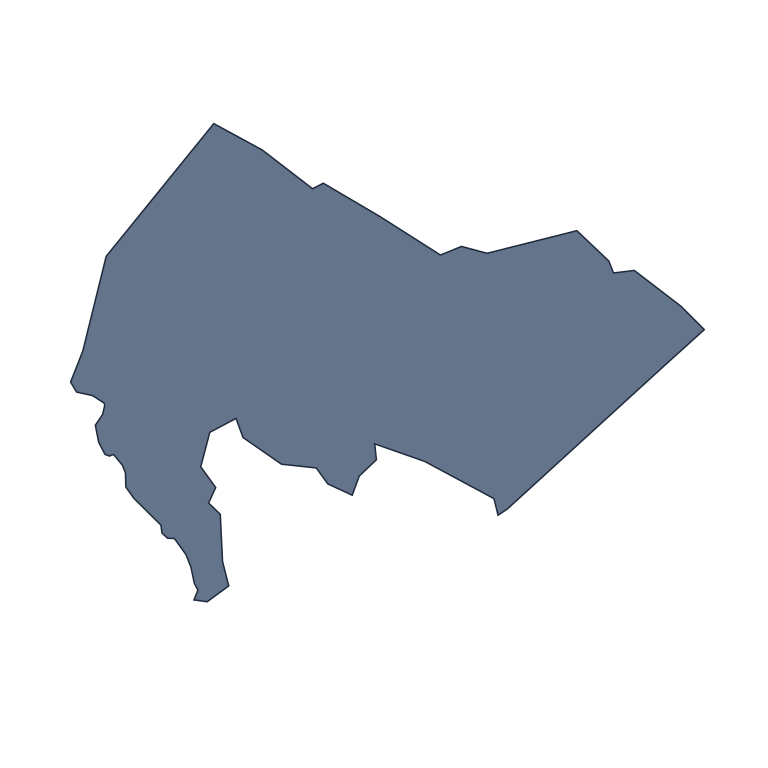 Grant, West Virginia, United States of America (Mercator projection), rotated 277°
{"feature_id": "52423323B78270191990376", "entity_name": "Grant", "entity_type": "district", "adm_level": 2, "iso_a3": "USA", "parent_name": "United States of America", "parent_adm1": "West Virginia", "projection": "mercator", "projection_center": [-79.285, 39.071], "detail": "fine", "context": "isolated", "style": "filled", "palette": "slate", "viewbox_px": 768, "rotation_deg": 277, "n_neighbors": 0, "source": "geoboundaries", "source_scale": "gbopen_adm2", "svg_char_len": 934}
<svg xmlns="http://www.w3.org/2000/svg" viewBox="0 0 768 768"><g transform="rotate(277 384 384)"><path d="M477.0,695.3L497.4,669.2L527.2,618.6L522.2,598.3L533.5,592.1L559.7,556.7L526.3,470.3L530.0,444.1L518.9,424.3L549.6,359.8L575.9,299.3L569.1,289.3L601.4,234.7L621.7,183.3L476.9,92.7L379.9,81.0L347.7,72.7L338.5,79.9L337.0,96.1L330.9,108.6L328.5,109.4L319.5,108.4L307.9,102.5L291.4,107.9L280.1,115.7L279.0,120.3L280.8,123.4L280.6,124.7L271.3,134.4L264.2,138.2L250.3,140.3L240.1,149.6L216.7,179.8L208.9,181.8L204.5,188.1L205.1,194.8L190.6,208.2L178.6,214.7L163.1,220.0L156.7,224.4L146.5,221.7L146.3,235.0L164.7,254.5L188.1,245.4L234.7,237.4L244.5,224.4L260.7,229.6L279.5,212.2L314.8,217.0L331.8,241.3L313.7,250.6L291.9,292.0L292.4,327.0L278.0,340.4L269.7,366.0L289.7,370.7L307.9,385.7L323.4,382.1L312.1,433.9L283.6,507.1L267.7,513.2L275.0,521.7L436.2,659.9L477.0,695.3Z" fill="#64748b" stroke="#1e293b" stroke-width="1.5"/></g></svg>